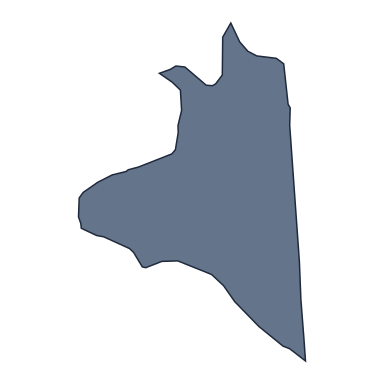 the district of Ciudad Vieja, Sacatepéquez, Guatemala
{"feature_id": "79465075B53030566243177", "entity_name": "Ciudad Vieja", "entity_type": "district", "adm_level": 2, "iso_a3": "GTM", "parent_name": "Guatemala", "parent_adm1": "Sacatepéquez", "projection": "natural_earth1", "projection_center": [-90.781, 14.507], "detail": "fine", "context": "isolated", "style": "filled", "palette": "slate", "viewbox_px": 384, "rotation_deg": 0, "n_neighbors": 0, "source": "geoboundaries", "source_scale": "gbopen_adm2", "svg_char_len": 780}
<svg xmlns="http://www.w3.org/2000/svg" viewBox="0 0 384 384"><path d="M305.5,361.0L303.9,338.3L300.9,299.6L299.4,261.8L289.7,125.3L290.2,107.9L288.1,104.2L283.7,63.8L276.3,58.3L256.7,55.9L247.9,51.3L239.7,41.9L230.8,23.0L222.7,37.2L222.3,75.0L215.6,83.9L212.4,85.7L206.2,85.2L184.9,67.0L175.9,66.0L170.2,69.4L159.4,73.3L172.2,82.2L180.4,90.1L181.6,110.4L178.0,125.5L178.2,132.6L175.4,149.7L171.8,153.9L138.3,167.1L128.3,169.7L126.1,171.5L112.2,174.9L100.4,180.9L97.7,182.3L83.2,192.4L79.2,197.9L78.5,216.9L80.8,223.5L81.3,228.3L96.6,235.5L103.6,236.8L129.6,248.6L133.7,252.6L142.3,266.9L145.7,267.7L161.8,261.4L177.8,260.9L211.6,274.5L223.5,285.6L234.7,301.6L241.0,308.1L258.9,326.5L283.1,346.2L289.6,348.7L305.5,361.0Z" fill="#64748b" stroke="#1e293b" stroke-width="1.5"/></svg>